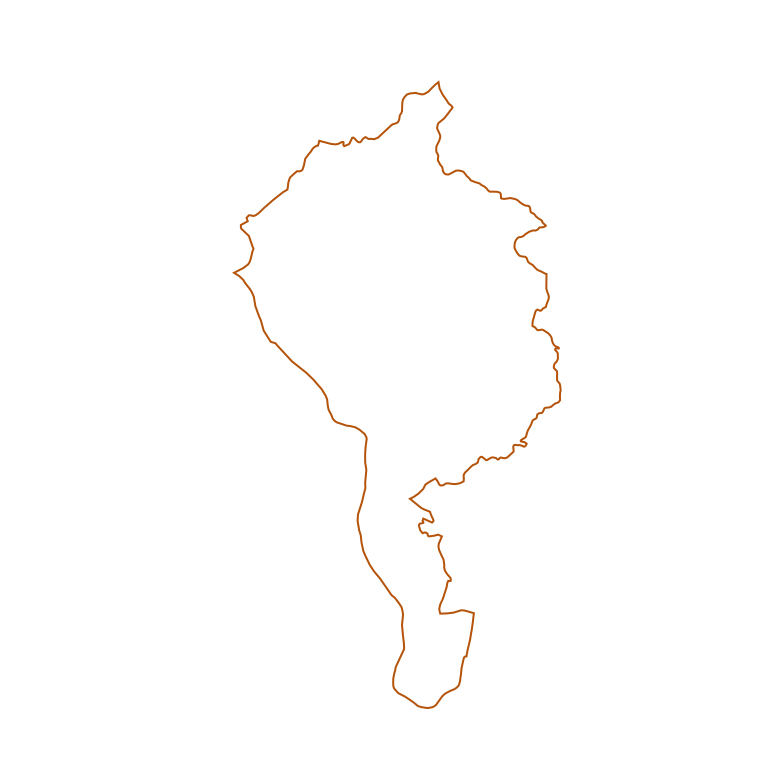 the district of Thanh Ba, Phú Thọ, Vietnam, rotated 13°
{"feature_id": "81297802B68203584934419", "entity_name": "Thanh Ba", "entity_type": "district", "adm_level": 2, "iso_a3": "VNM", "parent_name": "Vietnam", "parent_adm1": "Phú Thọ", "projection": "mercator", "projection_center": [105.178, 21.45], "detail": "fine", "context": "isolated", "style": "outline", "palette": "amber", "viewbox_px": 768, "rotation_deg": 13, "n_neighbors": 0, "source": "geoboundaries", "source_scale": "gbopen_adm2", "svg_char_len": 6147}
<svg xmlns="http://www.w3.org/2000/svg" viewBox="0 0 768 768"><g transform="rotate(13 384 384)"><path d="M493.8,690.4L499.6,689.9L504.1,687.9L505.7,686.5L506.9,685.0L510.9,675.4L512.8,672.5L514.1,671.1L518.1,667.7L521.2,665.6L523.1,663.5L524.3,661.6L524.8,660.1L524.9,656.4L524.3,649.6L523.5,643.7L523.4,633.0L523.9,631.8L524.5,631.2L525.6,630.9L525.3,624.9L525.4,614.2L524.6,601.3L524.0,594.8L523.1,587.1L513.9,586.6L510.3,587.0L503.1,591.2L497.1,593.3L490.5,595.1L489.3,592.9L488.4,590.6L488.4,586.0L489.7,579.9L490.7,568.3L490.5,563.3L490.9,561.4L493.2,560.9L493.2,559.9L492.4,558.0L488.4,555.1L485.4,552.2L483.9,549.2L483.5,547.0L481.9,542.6L481.0,541.0L478.5,538.0L475.0,533.3L473.6,530.2L473.3,527.3L474.7,519.5L470.7,518.6L467.1,520.5L462.0,522.4L460.8,521.8L460.1,520.1L458.1,519.3L456.6,519.7L455.2,520.7L452.3,518.5L449.8,514.0L450.1,512.2L453.5,510.5L453.4,509.6L452.3,508.5L452.6,506.3L462.0,508.2L463.0,506.6L463.0,506.0L462.6,505.2L459.5,501.3L457.5,498.1L451.4,497.2L448.1,496.4L435.1,490.0L438.3,487.4L442.2,483.1L445.8,477.5L447.0,472.7L449.8,469.6L455.5,464.4L458.5,467.1L460.3,469.4L461.1,469.9L462.3,470.1L464.2,469.5L467.0,466.8L469.4,466.3L474.9,465.8L478.8,464.4L481.4,462.8L483.5,460.9L483.0,458.0L482.2,455.5L482.3,453.8L482.9,452.0L485.3,448.4L487.0,445.6L488.9,442.9L491.1,441.5L492.9,439.6L493.1,437.9L493.1,435.7L494.5,433.4L495.6,432.9L496.8,433.3L500.5,435.2L501.4,435.0L505.1,431.6L506.1,431.2L507.3,430.9L509.7,431.0L511.9,432.0L512.8,431.5L513.3,430.2L514.1,429.5L515.1,429.3L517.3,429.4L519.1,428.9L520.8,427.6L525.4,420.9L525.3,419.8L524.1,416.3L524.1,415.3L524.6,414.2L525.8,413.7L528.1,413.6L529.7,413.0L531.4,413.0L534.5,413.6L535.2,413.3L536.0,412.1L536.4,410.9L536.4,410.0L533.7,409.0L531.6,409.2L530.2,409.1L530.0,408.4L530.3,407.6L533.7,404.4L534.2,403.2L534.3,399.6L534.7,396.5L535.3,394.7L536.5,390.3L537.0,386.2L537.7,385.3L539.8,383.5L540.3,382.7L540.2,379.8L540.4,378.9L541.6,377.7L544.4,376.6L545.1,375.2L545.8,371.6L546.7,370.8L549.7,369.9L552.1,368.5L553.3,366.7L555.2,364.5L558.1,362.6L559.2,360.2L558.0,355.6L557.5,352.2L557.6,350.5L556.0,346.0L555.0,344.0L552.8,342.5L551.8,341.4L550.8,337.3L550.3,334.7L549.9,333.3L549.5,332.5L548.0,331.6L545.9,330.1L545.5,328.8L545.6,326.1L547.3,322.9L547.8,320.5L546.6,315.7L546.1,314.6L545.6,314.0L543.2,312.4L542.9,311.7L543.0,311.3L543.5,310.7L544.5,310.3L546.2,310.2L546.3,309.7L545.7,309.1L543.2,308.8L541.3,308.0L539.9,306.8L539.1,305.8L537.9,303.8L537.0,301.5L535.6,299.8L532.8,297.7L527.0,295.6L525.8,295.4L522.3,296.9L520.8,296.7L519.8,295.8L517.9,294.6L515.7,294.2L515.2,292.2L514.8,289.3L515.3,279.4L515.6,278.3L516.7,277.0L518.9,277.4L520.2,277.4L521.1,276.3L521.7,275.0L524.4,272.4L524.5,269.5L525.2,264.9L525.2,262.9L524.7,261.0L523.1,258.7L520.7,254.6L517.6,240.3L516.9,240.4L512.6,239.2L508.3,238.4L507.1,237.9L504.7,236.4L502.5,234.8L498.6,233.5L496.9,232.5L494.4,228.9L493.0,228.3L490.0,228.7L487.5,228.6L486.3,228.0L484.4,226.5L481.9,223.8L480.5,222.0L479.8,218.4L479.8,215.9L480.3,213.8L481.1,212.2L481.8,211.2L482.7,210.5L484.8,209.8L486.6,208.4L488.1,206.2L491.4,202.8L492.9,202.0L494.4,200.9L497.1,200.4L498.4,199.5L499.0,198.9L499.6,198.1L499.9,197.1L500.5,196.4L503.4,195.6L504.3,195.1L505.9,193.8L506.1,193.5L505.8,193.1L502.6,191.3L502.0,190.8L501.2,189.5L500.2,188.9L497.2,187.9L494.5,186.6L492.4,184.8L490.9,184.2L489.6,184.0L488.3,183.5L486.7,179.7L486.0,178.6L485.0,178.0L481.5,178.3L478.6,177.6L475.4,176.3L473.5,175.2L472.1,174.6L469.9,174.3L465.3,174.4L459.6,176.6L456.9,176.9L456.1,176.5L455.8,174.9L454.9,172.4L453.9,171.6L452.8,171.3L450.1,171.4L443.8,172.8L441.9,172.0L440.0,170.4L437.4,169.0L434.3,168.3L432.0,167.1L429.4,166.9L427.5,166.8L422.8,166.1L420.5,164.2L418.1,162.9L413.8,159.4L412.2,159.1L410.0,159.1L407.8,159.4L406.1,160.0L399.9,165.3L399.0,165.5L397.4,165.8L395.9,165.4L394.7,164.7L393.7,163.4L392.0,159.7L389.1,157.3L386.1,153.8L385.5,149.2L384.1,147.3L383.2,146.6L382.3,144.5L381.6,140.7L383.1,134.6L383.3,131.6L383.1,130.0L382.4,128.5L378.5,123.4L378.1,122.6L378.0,118.8L378.4,117.5L383.0,111.5L385.5,106.2L388.6,99.2L387.0,97.6L384.7,96.6L383.2,95.5L381.4,93.6L376.0,88.8L371.7,83.6L369.2,77.6L366.6,80.9L364.0,84.9L361.4,89.3L357.9,92.4L356.3,93.2L353.2,93.4L349.4,93.2L344.1,95.0L341.2,96.8L339.6,99.5L338.6,102.3L338.5,103.5L338.6,105.9L340.2,114.3L340.0,115.9L339.0,118.7L339.3,122.7L338.9,125.4L337.5,127.0L334.2,128.9L333.0,130.1L322.8,145.2L319.2,147.8L316.9,147.9L313.7,148.7L311.3,147.8L310.5,147.6L309.7,148.2L308.1,150.2L307.3,152.5L306.4,153.8L305.1,154.1L303.5,153.7L299.9,151.3L298.5,150.8L297.6,151.4L296.4,157.0L295.7,158.4L291.7,161.2L290.5,159.9L290.4,158.2L290.0,157.4L288.7,157.6L285.4,160.3L283.0,161.4L278.6,162.0L266.2,161.6L266.2,164.7L266.0,166.6L264.6,167.2L262.5,169.3L261.4,171.2L260.4,174.1L258.9,177.0L257.0,181.2L256.6,182.5L256.8,188.9L256.4,193.2L255.8,194.5L253.7,195.9L251.4,196.2L249.9,198.2L246.1,203.7L245.7,205.8L245.5,209.5L246.1,214.5L246.1,216.4L242.5,219.8L235.0,229.1L227.6,239.3L223.4,245.8L220.7,248.7L218.6,249.8L216.7,249.6L214.4,250.0L212.7,253.0L214.6,256.1L208.8,261.2L209.4,263.9L210.2,264.9L219.0,270.1L224.9,279.5L226.4,281.5L226.0,284.9L226.0,292.0L225.6,295.5L224.7,298.0L220.8,302.7L212.9,309.4L218.7,311.4L223.5,314.3L225.8,316.7L231.9,321.6L234.6,324.3L237.6,328.4L241.1,337.0L247.0,346.1L249.7,349.7L254.8,359.1L264.2,368.4L269.1,368.7L270.8,370.1L289.3,382.7L305.9,390.6L314.3,395.7L324.6,403.2L329.9,408.7L332.0,411.7L334.1,417.7L335.8,421.5L340.2,426.7L341.9,429.4L343.8,430.7L346.1,431.9L348.8,432.2L357.0,433.0L360.2,432.6L365.7,432.6L370.3,434.0L376.4,437.1L378.7,439.7L379.5,441.4L380.2,449.2L381.4,456.7L383.3,464.6L386.1,471.6L387.8,484.0L389.3,489.8L389.1,495.5L389.1,503.9L388.0,517.1L389.1,523.4L392.7,532.1L395.4,536.7L397.7,543.4L401.5,551.5L404.3,555.3L410.6,563.2L416.3,568.7L424.1,574.6L438.8,588.0L442.8,590.0L448.3,594.6L451.4,597.6L453.3,601.5L454.4,604.3L455.8,614.9L458.7,623.8L461.6,631.8L462.7,635.7L463.2,637.8L459.1,657.3L459.3,661.1L459.1,662.7L459.3,668.8L460.2,673.3L461.2,676.6L462.4,678.4L467.4,682.0L475.0,683.9L484.9,687.8L489.6,690.2L493.8,690.4Z" fill="none" stroke="#b45309" stroke-width="2"/></g></svg>